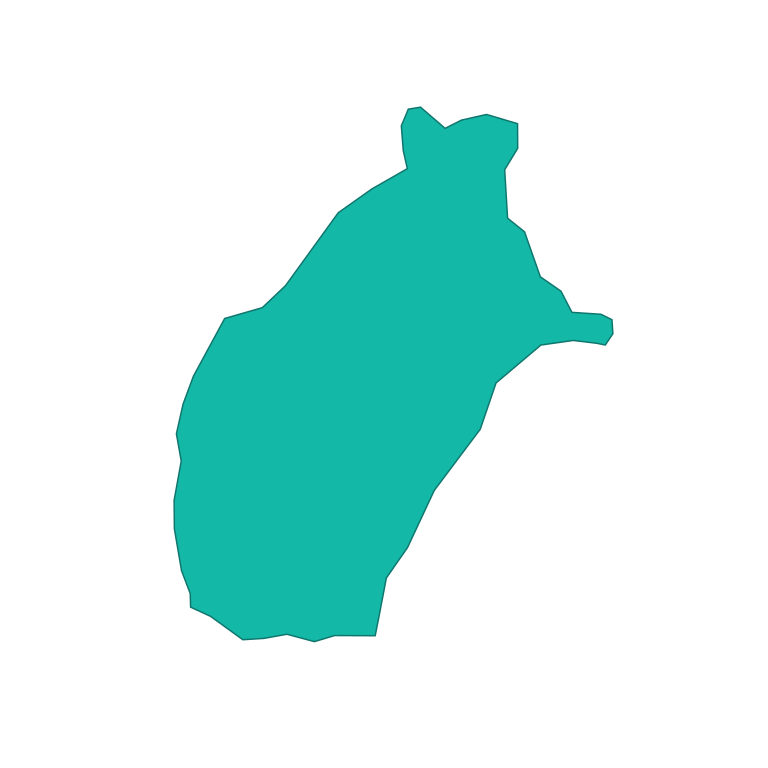 outline of Mefou-et-Akono, Centre, Cameroon, rotated 211°
{"feature_id": "32672807B65731125326388", "entity_name": "Mefou-et-Akono", "entity_type": "district", "adm_level": 2, "iso_a3": "CMR", "parent_name": "Cameroon", "parent_adm1": "Centre", "projection": "robinson", "projection_center": [11.352, 3.593], "detail": "fine", "context": "isolated", "style": "filled", "palette": "teal", "viewbox_px": 768, "rotation_deg": 211, "n_neighbors": 0, "source": "geoboundaries", "source_scale": "gbopen_adm2", "svg_char_len": 804}
<svg xmlns="http://www.w3.org/2000/svg" viewBox="0 0 768 768"><g transform="rotate(211 384 384)"><path d="M261.9,163.7L268.9,183.1L282.1,219.0L279.6,255.9L286.1,318.7L278.2,394.8L288.5,442.6L269.6,498.2L244.2,518.8L222.8,528.4L214.4,531.4L213.7,545.0L221.7,556.5L234.0,555.5L259.8,542.2L280.1,554.7L305.2,556.4L341.9,586.8L363.5,589.8L390.9,629.8L390.8,654.9L403.6,675.9L430.9,668.9L435.0,667.8L453.5,650.1L463.3,634.6L495.3,640.1L504.7,632.1L502.1,614.2L487.7,594.0L474.9,580.6L494.8,545.1L511.4,507.3L518.4,425.5L519.1,417.5L527.6,386.8L554.3,358.1L551.4,292.7L545.9,263.4L536.3,234.4L518.1,213.5L504.0,176.2L489.1,151.9L461.4,119.7L442.2,104.6L434.8,93.1L413.1,95.5L373.3,92.1L355.9,104.1L338.3,119.5L311.0,127.3L296.7,143.0L261.9,163.7Z" fill="#14b8a6" stroke="#0f766e" stroke-width="1.5"/></g></svg>